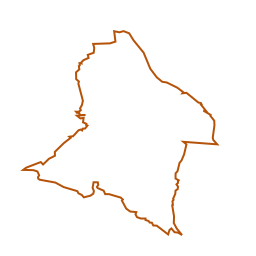 "Øvre Eiker" nor, Buskerud, Norway, rotated 195°
{"feature_id": "86288312B28419209750879", "entity_name": "\"Øvre Eiker\" nor", "entity_type": "district", "adm_level": 2, "iso_a3": "NOR", "parent_name": "Norway", "parent_adm1": "Buskerud", "projection": "robinson", "projection_center": [9.827, 59.744], "detail": "medium", "context": "isolated", "style": "outline", "palette": "amber", "viewbox_px": 256, "rotation_deg": 195, "n_neighbors": 0, "source": "geoboundaries", "source_scale": "gbopen_adm2", "svg_char_len": 1835}
<svg xmlns="http://www.w3.org/2000/svg" viewBox="0 0 256 256"><g transform="rotate(195 128 128)"><path d="M151.4,219.8L157.4,220.4L161.1,218.2L166.4,217.9L162.5,208.2L167.3,205.1L183.4,200.2L181.3,196.5L180.6,191.8L185.8,188.2L184.2,185.5L188.6,182.0L190.1,179.2L189.6,178.3L191.6,178.1L190.8,176.0L191.5,175.1L190.2,172.1L192.6,168.3L190.7,161.8L187.5,160.2L187.4,158.0L178.7,142.8L178.4,138.4L179.4,134.5L178.2,133.1L179.9,130.9L182.4,130.3L181.1,129.4L179.3,130.7L179.6,129.7L177.2,128.2L172.4,129.6L180.5,126.7L176.5,124.9L173.5,126.3L172.9,121.8L169.3,121.3L169.2,120.1L167.8,119.9L169.3,116.4L171.6,115.6L171.7,113.8L173.1,114.3L175.2,113.0L178.9,105.9L182.4,104.4L180.9,103.6L186.0,96.9L192.5,86.0L191.4,82.3L196.4,77.8L200.6,70.8L203.5,72.5L216.0,63.4L218.4,60.4L208.5,62.8L204.3,62.6L201.6,59.4L202.2,57.2L201.6,55.9L200.1,55.2L184.0,56.5L174.9,54.3L160.6,53.9L159.0,52.1L155.4,51.4L152.7,49.6L146.8,52.9L144.5,55.6L144.6,58.2L146.7,61.1L147.2,66.7L143.1,67.7L142.0,65.3L142.8,63.0L141.7,62.1L135.3,61.2L132.9,58.2L129.2,59.2L117.1,58.9L114.5,57.6L115.1,56.3L108.9,49.7L104.3,47.9L98.2,48.9L98.4,46.5L96.2,44.2L92.0,43.9L87.7,45.1L87.3,43.7L84.1,43.5L82.6,42.3L80.4,42.7L78.4,40.4L75.0,41.1L61.7,35.6L61.5,40.2L60.1,42.2L56.1,39.4L52.6,39.9L48.1,38.6L54.9,43.5L59.2,48.1L60.6,54.4L65.3,64.8L64.7,65.3L66.1,68.8L65.4,70.4L66.1,71.3L65.3,76.7L65.9,79.8L64.2,81.8L64.5,84.3L66.6,86.1L65.5,87.9L66.0,89.5L65.5,90.6L69.0,91.5L70.3,96.5L69.0,99.1L69.2,107.6L67.9,110.5L67.0,117.0L67.3,127.3L70.9,129.0L37.6,135.3L42.5,138.5L43.6,140.4L45.2,153.0L46.6,157.4L51.6,161.1L51.5,162.0L59.7,164.3L56.8,164.5L63.5,169.4L63.0,169.8L64.1,171.0L66.6,170.8L80.6,177.1L84.4,175.6L83.9,176.9L90.8,179.7L102.4,182.0L106.9,181.5L113.3,184.4L121.8,191.0L132.4,204.8L145.3,214.1L151.4,219.8Z" fill="none" stroke="#b45309" stroke-width="2"/></g></svg>